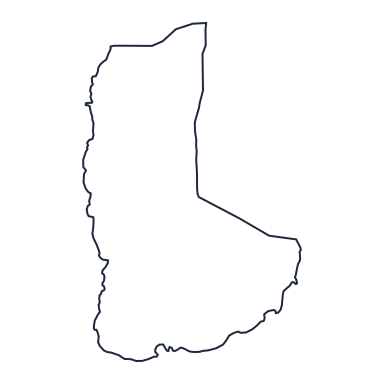 Gilman, Federated States of Micronesia
{"feature_id": "79324940B77190916627334", "entity_name": "Gilman", "entity_type": "district", "adm_level": 2, "iso_a3": "FSM", "parent_name": "Federated States of Micronesia", "parent_adm1": "", "projection": "natural_earth1", "projection_center": [138.059, 9.451], "detail": "fine", "context": "isolated", "style": "outline", "palette": "slate", "viewbox_px": 384, "rotation_deg": 0, "n_neighbors": 0, "source": "geoboundaries", "source_scale": "gbopen_adm2", "svg_char_len": 2553}
<svg xmlns="http://www.w3.org/2000/svg" viewBox="0 0 384 384"><path d="M206.2,23.0L192.8,23.7L175.9,29.2L162.6,41.3L152.0,45.9L114.0,45.7L110.6,46.5L110.6,49.0L109.3,52.1L108.3,54.0L106.4,59.4L103.2,61.8L100.4,64.3L98.5,67.3L97.6,72.2L95.8,76.2L92.9,76.5L91.8,78.3L92.1,82.0L92.8,84.5L90.9,86.5L90.2,91.0L91.3,93.7L91.2,94.3L90.5,96.9L91.4,100.2L92.4,101.6L91.8,102.9L87.3,102.9L85.8,103.4L85.8,105.1L88.2,105.4L89.7,106.2L90.8,112.3L92.2,116.4L92.3,119.7L93.4,122.6L93.4,125.1L93.1,128.9L92.9,130.6L93.5,135.1L92.5,138.9L89.0,140.2L87.1,142.9L88.1,145.5L87.0,147.3L87.5,149.2L86.0,151.4L83.2,159.8L83.3,167.1L86.0,170.4L84.1,174.0L83.5,182.3L85.8,188.9L88.5,192.2L90.7,193.3L90.6,196.2L89.2,200.6L89.7,204.7L87.9,205.8L86.7,209.3L87.5,213.9L88.7,216.2L90.8,216.6L93.4,217.3L93.6,221.0L93.2,228.2L92.4,233.7L93.4,238.0L96.6,244.6L98.9,250.6L99.6,253.2L98.9,255.5L100.3,257.7L102.8,259.6L106.0,260.1L108.0,260.4L107.8,263.2L105.3,267.4L103.9,268.9L102.6,270.4L102.1,273.3L103.8,274.6L104.5,276.9L104.0,280.8L102.5,283.0L102.3,285.0L103.9,286.3L104.7,288.6L104.1,290.2L101.6,291.4L101.1,293.7L99.6,295.2L99.2,298.8L99.8,302.5L98.6,304.8L99.2,309.4L100.0,311.9L98.3,313.9L94.7,320.7L94.0,325.3L93.9,328.6L94.7,329.8L96.5,329.8L97.8,333.1L98.7,336.5L98.1,342.2L99.7,345.9L103.9,350.5L107.2,352.0L111.2,352.6L118.8,355.2L124.4,358.9L131.0,359.2L136.2,361.0L142.3,360.9L148.4,359.1L154.0,356.7L156.8,356.7L157.8,354.7L155.1,351.8L155.2,351.2L155.4,349.2L156.9,346.3L159.7,344.5L163.2,344.5L165.7,348.9L167.1,350.9L168.5,350.9L168.8,348.9L169.6,347.0L171.7,347.8L173.0,350.7L174.5,351.1L177.5,349.8L180.0,347.9L181.6,347.7L185.5,349.3L188.9,351.2L192.0,351.9L197.5,352.0L200.8,351.6L202.5,350.9L208.2,350.4L216.3,348.2L223.0,344.6L226.2,340.5L229.1,335.6L234.1,332.8L238.3,331.6L238.8,331.8L240.5,332.8L245.2,332.5L246.1,332.5L252.3,329.3L257.0,325.5L260.5,321.8L263.7,320.9L264.7,318.4L264.4,316.7L264.2,314.3L268.2,311.1L273.8,310.0L275.4,310.9L275.9,313.1L278.2,312.6L280.2,310.2L280.7,309.5L281.9,305.1L282.7,295.8L283.5,291.3L286.0,288.9L289.7,285.8L291.7,282.5L293.4,282.1L295.9,284.1L297.1,283.3L296.3,279.8L295.0,277.3L295.7,275.2L297.0,268.7L298.0,264.0L300.0,260.3L300.1,256.8L299.6,252.3L300.8,249.7L300.4,247.6L298.7,244.3L296.2,239.4L269.1,235.7L239.6,218.5L198.7,197.0L197.5,193.5L197.1,187.9L197.0,173.9L196.7,168.1L196.2,160.3L196.7,150.5L196.1,146.5L196.3,139.7L195.0,131.3L194.8,122.9L195.3,120.5L198.9,108.1L199.7,103.1L202.1,94.0L203.0,90.4L202.5,54.0L205.7,45.3L205.5,29.4L206.2,23.0Z" fill="none" stroke="#1e293b" stroke-width="2"/></svg>